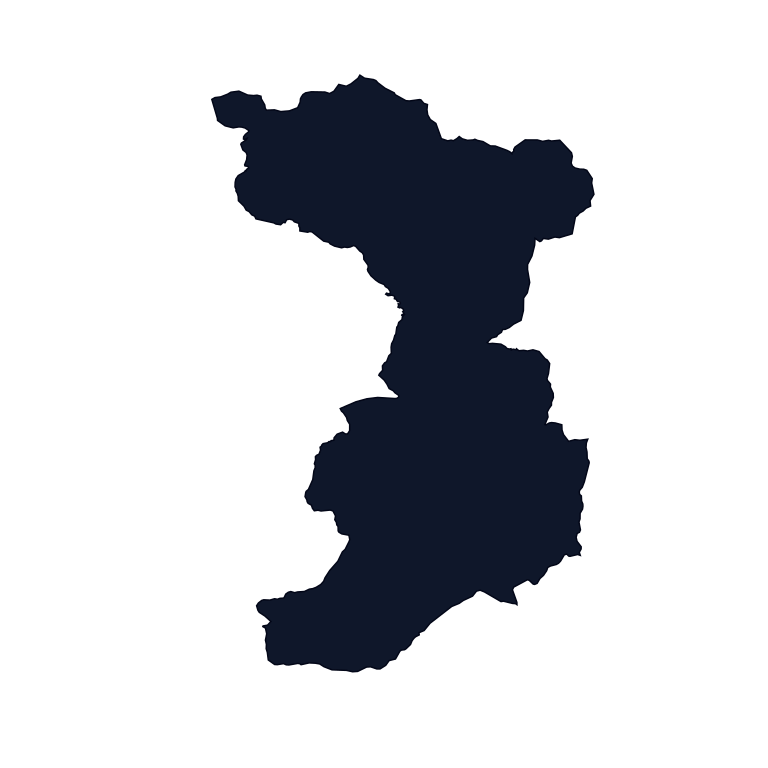 Concepción, Santander, Colombia (Albers equal-area conic projection), rotated 282°
{"feature_id": "7082276B80611154033252", "entity_name": "Concepción", "entity_type": "district", "adm_level": 2, "iso_a3": "COL", "parent_name": "Colombia", "parent_adm1": "Santander", "projection": "albers", "projection_center": [-72.613, 6.801], "detail": "fine", "context": "isolated", "style": "filled", "palette": "ink", "viewbox_px": 768, "rotation_deg": 282, "n_neighbors": 0, "source": "geoboundaries", "source_scale": "gbopen_adm2", "svg_char_len": 6153}
<svg xmlns="http://www.w3.org/2000/svg" viewBox="0 0 768 768"><g transform="rotate(282 384 384)"><path d="M626.6,156.4L609.4,165.7L607.2,166.4L603.5,174.9L603.2,183.2L605.3,188.6L605.7,191.4L605.5,194.9L603.8,199.1L602.5,199.1L599.3,196.5L596.6,195.3L594.4,195.6L594.2,196.6L595.9,199.0L595.3,198.9L594.0,198.4L590.0,194.4L588.7,194.1L583.6,197.3L581.8,201.0L579.5,202.5L574.8,203.0L569.4,202.1L568.4,202.7L568.6,205.6L567.2,206.7L565.6,205.2L563.6,204.7L563.9,204.0L562.3,203.4L557.6,198.1L553.7,196.5L550.3,196.5L545.8,197.3L543.5,198.9L542.1,199.0L540.0,200.9L537.2,202.4L533.0,203.5L528.8,210.1L525.4,213.1L524.6,216.2L522.0,219.5L521.3,222.6L518.9,224.4L518.7,242.7L518.0,245.0L518.3,249.8L521.1,251.7L521.2,253.7L524.4,254.6L525.6,257.1L525.5,260.5L524.0,262.6L523.4,267.4L520.8,267.9L519.3,269.2L516.2,269.9L516.6,277.8L517.7,279.7L517.8,282.0L511.2,295.3L511.2,300.6L509.9,302.1L508.6,306.9L508.4,314.2L509.8,317.0L509.9,319.7L511.0,322.5L513.1,325.4L512.8,327.6L509.0,332.7L507.9,335.4L506.0,337.2L501.7,338.4L497.0,343.6L495.0,344.3L492.6,344.0L490.9,344.9L487.1,348.8L483.9,354.3L482.3,358.1L481.3,363.5L479.6,365.1L478.4,368.4L475.5,371.1L473.2,370.9L473.4,367.6L472.2,367.0L471.2,369.6L472.5,373.2L472.3,375.2L471.7,376.3L469.6,376.4L469.4,378.3L467.8,379.7L467.5,382.3L466.6,383.2L465.3,382.7L465.5,381.2L463.8,381.9L462.1,381.7L461.7,383.5L462.4,384.5L461.4,387.1L460.4,387.6L459.4,388.0L458.6,387.3L457.3,388.9L456.7,388.9L455.6,387.2L454.9,387.1L454.7,387.9L455.2,388.9L453.7,388.0L450.7,388.2L447.3,385.6L443.5,385.4L442.3,384.7L435.0,385.2L433.8,384.5L428.9,384.2L425.0,383.1L421.5,383.3L415.5,384.8L412.7,382.9L406.3,381.9L404.8,380.2L401.4,378.7L397.1,379.8L393.2,377.5L391.5,377.1L387.9,383.3L384.4,387.0L380.6,390.0L379.3,394.5L377.7,396.5L376.0,400.6L374.7,401.2L372.9,400.0L372.1,398.0L369.5,380.6L366.0,370.4L360.8,360.3L350.9,346.3L348.7,348.0L347.4,350.3L343.4,354.4L340.7,355.7L337.5,358.8L331.2,360.1L327.6,358.7L327.1,356.6L328.3,353.5L325.2,348.6L321.1,346.4L318.5,346.6L317.6,344.0L316.6,343.7L316.2,342.1L314.8,341.1L313.0,336.8L311.1,335.7L310.1,335.8L308.9,334.6L306.1,335.7L301.8,335.0L300.1,332.8L298.6,332.0L295.8,332.8L291.4,332.5L290.4,333.5L287.9,334.1L284.5,333.5L275.7,334.2L265.2,332.0L262.8,330.2L261.6,330.0L257.4,330.2L254.7,332.6L252.9,333.3L251.5,334.6L250.4,338.2L247.5,339.9L245.5,342.2L246.8,345.7L246.7,348.8L249.5,357.6L249.2,360.5L244.9,364.0L241.0,364.1L238.8,366.2L236.4,367.1L235.1,368.7L230.8,369.7L229.7,370.7L228.6,373.9L228.8,381.1L224.6,382.9L222.3,382.5L214.2,380.4L211.1,378.2L201.0,375.7L190.3,369.7L182.2,366.6L178.5,366.0L174.7,363.8L171.0,359.9L169.0,356.8L167.8,353.6L164.5,349.3L162.6,342.6L161.3,340.0L161.6,336.0L160.4,333.7L158.1,331.6L154.2,330.7L153.6,330.0L152.7,326.7L151.3,324.6L151.2,321.6L148.9,317.3L147.9,311.2L146.9,309.4L143.7,306.7L140.6,305.5L136.5,307.7L134.7,309.5L132.3,315.7L128.2,322.8L123.9,320.2L122.2,316.0L121.5,315.9L120.6,318.8L115.3,321.2L108.8,321.3L104.9,323.1L100.6,323.8L97.2,325.7L90.0,328.2L86.9,335.3L87.3,338.0L89.6,343.9L89.0,346.7L89.4,349.4L92.8,357.8L92.9,359.9L92.2,361.2L95.6,368.7L96.6,374.7L96.8,379.3L95.0,384.0L93.6,392.5L96.1,406.9L96.0,413.1L97.4,418.0L103.5,425.8L104.6,429.7L103.8,436.3L104.5,439.4L109.2,444.2L114.5,446.5L117.4,452.4L126.0,455.1L127.3,456.3L128.4,459.4L129.6,460.6L134.8,464.1L138.7,464.8L141.3,466.0L143.3,467.4L145.9,470.6L148.0,469.9L151.2,474.5L159.6,478.8L180.5,496.5L185.1,503.2L188.8,506.6L194.9,514.7L200.6,517.5L202.3,520.9L201.5,525.5L195.5,543.7L196.4,546.0L196.1,555.4L196.5,558.3L195.8,559.9L198.0,559.4L209.4,552.4L212.3,553.1L222.3,564.9L222.2,566.8L219.3,571.5L219.3,573.0L220.8,575.2L226.2,577.0L230.0,579.8L235.2,581.9L238.6,582.3L240.6,584.7L243.3,590.1L245.0,592.0L247.4,593.5L254.5,595.9L255.6,598.2L254.1,600.4L254.1,601.7L257.5,608.9L257.2,611.6L259.9,610.0L263.6,611.1L265.8,610.7L270.3,605.5L274.0,603.8L278.0,604.0L279.6,606.0L282.1,606.5L289.5,603.4L292.8,603.8L298.3,602.7L302.9,604.2L305.8,604.0L308.0,603.4L310.6,601.6L315.6,600.3L316.7,598.3L319.1,597.4L320.9,597.6L324.2,599.4L330.0,600.3L349.5,601.1L351.1,600.5L353.2,598.3L359.7,596.7L363.9,594.8L368.5,594.2L372.4,594.8L369.7,587.3L369.2,582.2L366.3,576.5L371.8,570.1L376.0,567.7L381.1,566.4L381.5,559.7L381.1,555.9L380.2,553.7L377.7,550.9L377.8,549.8L385.8,551.3L390.5,549.5L394.5,550.6L398.1,552.2L400.9,551.6L406.0,552.5L410.1,551.4L415.6,547.3L418.5,546.9L421.5,543.1L423.2,542.3L428.4,542.7L438.4,541.8L441.4,538.7L442.2,536.3L448.0,528.9L448.4,522.6L446.1,517.5L446.0,513.6L444.6,509.0L446.0,506.3L445.0,506.1L444.9,503.0L443.7,501.4L444.9,500.9L444.2,499.2L444.4,496.6L445.6,495.2L447.3,490.1L446.3,481.6L445.3,478.5L446.0,476.3L451.3,479.6L453.7,484.2L455.9,485.0L459.0,488.1L461.9,488.6L462.7,491.3L465.3,494.8L469.5,498.3L474.8,504.8L484.8,505.1L497.2,502.7L503.0,505.2L513.6,505.4L525.8,500.6L530.8,499.6L540.0,502.1L551.1,502.5L557.9,501.4L555.7,506.8L556.7,508.2L559.5,509.6L559.9,514.7L563.3,520.6L563.6,525.1L570.0,536.8L587.2,536.5L589.2,538.3L591.7,539.5L594.6,542.8L597.9,545.0L601.0,549.1L606.2,547.4L613.2,549.9L623.8,545.3L628.2,545.0L635.2,537.9L635.6,534.8L634.9,530.9L635.0,526.0L636.3,523.0L639.0,521.1L645.8,520.9L649.2,519.3L659.0,505.2L656.5,497.4L656.6,494.3L654.3,488.7L654.6,483.3L652.1,471.3L643.0,462.9L640.4,462.1L638.5,462.6L637.3,461.4L635.8,461.3L637.3,458.8L638.1,455.7L639.9,443.3L639.0,438.5L641.7,430.4L641.7,424.9L642.3,422.0L641.3,420.5L639.7,415.0L640.1,409.6L641.7,406.1L639.2,404.3L636.4,401.3L636.5,398.9L635.1,395.8L635.9,389.1L649.6,380.6L652.3,374.3L656.3,370.8L661.2,369.0L666.4,368.4L666.8,364.6L669.6,361.0L669.6,359.7L666.1,349.9L665.7,346.5L669.3,334.8L670.9,333.5L673.5,323.6L677.3,315.5L679.1,313.0L679.6,310.4L679.1,301.4L681.1,296.2L677.6,295.0L670.7,289.3L667.4,285.2L667.6,277.5L659.9,274.1L656.8,270.4L657.3,265.5L654.7,252.1L652.5,246.8L650.3,244.6L647.6,243.5L645.6,243.0L642.2,243.4L636.3,242.1L631.5,234.7L629.0,226.4L629.4,219.9L627.4,212.1L629.0,210.5L632.2,209.3L637.4,204.7L639.9,203.8L640.1,199.8L639.0,196.4L638.3,190.6L640.3,181.2L637.6,173.6L635.0,170.8L630.9,164.6L629.0,159.1L626.6,156.4Z" fill="#0f172a" stroke="#020617" stroke-width="1.5"/></g></svg>